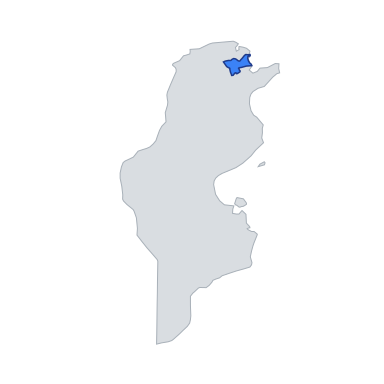 Tunisia, with Manubah highlighted, rotated 13°
{"feature_id": "TUN-102", "entity_name": "Manubah", "entity_type": "Governorate", "adm_level": 1, "iso_a3": "TUN", "parent_name": "Tunisia", "parent_adm1": "", "projection": "robinson", "projection_center": [9.985, 36.85], "detail": "fine", "context": "in_parent", "style": "filled", "palette": "blue", "viewbox_px": 384, "rotation_deg": 13, "n_neighbors": 0, "source": "natural_earth", "source_scale": "10m", "svg_char_len": 3429}
<svg xmlns="http://www.w3.org/2000/svg" viewBox="0 0 384 384"><g transform="rotate(13 192 192)"><path d="M265.1,218.4L265.1,219.5L263.8,227.9L263.5,230.9L263.3,236.0L263.4,242.1L266.3,247.3L266.4,249.5L265.3,252.1L259.9,255.2L252.9,259.0L246.8,262.7L240.2,266.8L238.2,269.4L234.9,271.4L232.2,273.4L231.7,275.4L229.8,279.0L227.3,282.0L221.0,283.3L219.8,284.2L216.9,288.6L215.6,290.3L213.9,293.9L216.1,303.3L218.7,312.9L219.2,316.9L219.2,320.3L217.7,323.9L214.3,329.0L211.9,332.8L207.1,339.6L205.7,341.3L202.5,343.3L196.2,345.9L191.7,348.2L189.5,337.8L187.6,329.0L186.0,321.7L183.2,308.8L180.9,297.9L178.5,287.0L176.4,277.1L174.3,267.2L173.3,265.7L166.9,261.0L160.9,256.7L154.7,251.8L148.1,246.4L147.0,239.7L143.6,229.6L140.0,223.9L138.7,222.4L131.4,218.8L127.2,216.1L126.0,214.5L125.2,210.4L122.3,202.2L118.9,194.8L117.7,189.7L117.6,183.4L118.3,178.8L119.8,176.9L127.0,171.2L130.3,164.3L134.4,161.8L137.9,159.8L140.8,157.6L143.4,153.9L145.3,150.1L145.7,145.9L146.5,139.3L147.8,134.7L150.9,129.5L149.6,125.3L148.1,120.7L148.6,112.9L148.2,109.7L147.0,106.9L145.7,103.2L145.6,100.2L146.9,92.3L148.0,86.3L149.5,78.4L149.0,76.2L147.9,74.6L144.5,72.8L144.4,71.8L145.3,70.6L150.4,66.8L153.1,61.2L155.4,60.0L158.8,58.0L158.7,55.8L158.0,53.5L166.9,50.8L175.5,43.9L178.5,42.2L198.3,35.8L200.9,36.2L203.8,37.2L202.9,39.5L201.8,41.4L203.5,44.8L205.9,42.7L205.3,41.4L205.1,39.6L209.2,39.4L212.8,39.7L216.8,41.7L216.5,49.2L221.8,56.6L220.3,60.3L224.6,62.5L228.5,59.8L230.4,56.0L237.5,53.8L244.2,48.1L247.9,47.5L248.7,52.2L250.6,56.2L248.0,57.7L244.8,62.0L238.7,72.9L233.0,76.1L228.8,80.4L227.4,83.4L227.0,86.9L228.1,93.1L231.2,99.5L234.8,103.3L238.2,104.5L246.3,110.6L246.2,114.2L247.3,118.5L247.8,123.7L250.6,127.9L244.6,136.9L241.4,143.5L235.0,152.5L229.3,158.4L217.0,167.2L214.0,170.1L212.0,173.1L211.1,176.2L211.4,179.9L215.5,189.0L220.9,194.3L226.4,197.2L235.9,196.1L235.6,199.5L236.3,203.7L240.1,203.5L242.7,202.9L244.9,198.8L249.6,201.6L252.0,210.1L256.0,212.8L256.5,213.8L255.1,214.4L254.0,215.4L255.1,216.1L259.0,217.1L261.3,216.5L265.1,218.4ZM244.9,194.6L243.9,194.8L242.1,196.0L241.2,196.1L238.5,194.8L237.5,194.8L236.2,193.9L236.6,188.7L237.1,187.3L243.6,187.1L247.1,190.1L247.7,190.9L247.8,191.8L246.2,193.5L244.9,194.6ZM256.5,149.2L250.8,152.4L251.9,149.6L255.6,146.3L256.6,147.1L256.5,149.2Z" fill="#d9dde1" stroke="#a8b0b8" stroke-width="1"/><path d="M217.6,45.0L217.9,45.5L218.0,46.0L217.8,46.5L217.5,45.9L216.0,47.4L216.3,49.5L217.6,51.7L219.3,53.4L220.7,54.0L221.0,54.3L221.9,55.4L221.7,55.5L216.6,57.1L212.1,59.5L210.6,60.1L209.9,60.5L209.6,60.7L209.5,60.9L209.6,61.0L209.8,61.2L210.1,61.4L210.2,61.5L210.3,61.8L210.4,62.1L210.5,62.3L211.2,62.9L211.5,63.1L211.7,63.3L211.7,63.5L211.7,63.8L211.6,64.3L209.8,66.1L209.2,66.6L208.6,66.7L208.4,66.4L208.4,66.2L208.2,66.1L207.9,66.0L207.5,66.1L207.3,66.2L207.1,66.4L206.5,67.5L205.9,68.9L205.5,69.2L204.4,69.5L204.0,68.7L202.6,66.7L201.4,64.3L201.1,63.5L201.1,63.2L200.9,62.9L200.7,62.8L199.7,62.7L197.6,62.0L193.4,58.2L194.9,57.0L198.0,55.6L199.9,55.2L200.3,55.0L200.5,54.8L200.9,54.1L201.4,53.5L202.1,53.0L202.4,52.7L202.7,52.6L204.0,52.5L204.7,52.6L205.4,52.8L207.3,53.7L207.6,53.8L208.1,53.8L208.6,53.8L208.9,53.7L209.1,53.6L209.2,53.4L209.3,53.3L209.4,53.1L209.7,52.4L210.3,51.3L210.6,50.9L211.8,48.4L212.1,47.7L212.3,47.4L212.6,47.0L212.8,46.6L213.2,46.2L213.4,46.0L213.7,45.9L215.6,45.7L217.3,45.1L217.6,45.0Z" fill="#3b82f6" stroke="#1e3a8a" stroke-width="1.5"/></g></svg>